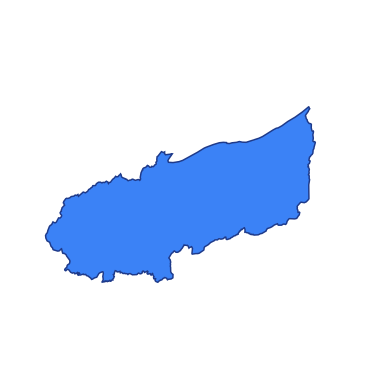 the district of Phookood, Xiangkhoang, Laos, rotated 213°
{"feature_id": "54806243B98354561881715", "entity_name": "Phookood", "entity_type": "district", "adm_level": 2, "iso_a3": "LAO", "parent_name": "Laos", "parent_adm1": "Xiangkhoang", "projection": "equal_earth", "projection_center": [103.008, 19.594], "detail": "fine", "context": "isolated", "style": "filled", "palette": "blue", "viewbox_px": 384, "rotation_deg": 213, "n_neighbors": 0, "source": "geoboundaries", "source_scale": "gbopen_adm2", "svg_char_len": 5977}
<svg xmlns="http://www.w3.org/2000/svg" viewBox="0 0 384 384"><g transform="rotate(213 192 192)"><path d="M228.6,64.0L228.0,64.7L227.0,66.9L225.5,68.6L225.7,72.9L225.3,74.0L223.7,76.3L223.1,76.5L222.0,75.4L220.8,72.6L218.9,70.4L218.5,69.1L218.6,68.0L218.2,67.5L217.2,68.6L216.9,68.6L216.7,69.4L216.3,69.4L216.3,70.0L215.9,69.9L215.6,70.5L215.0,70.5L214.8,71.0L214.2,70.8L213.7,71.7L213.1,71.8L213.0,72.9L212.6,73.3L211.8,72.8L211.4,73.2L211.1,75.0L210.5,75.1L210.9,75.9L210.8,77.2L211.2,78.8L211.6,78.7L211.8,79.1L213.0,80.0L212.5,80.7L213.2,82.4L213.5,84.2L212.3,84.5L211.2,84.2L210.6,84.9L210.0,85.1L209.2,86.2L208.1,85.2L207.7,86.0L207.3,86.2L205.4,86.1L204.3,87.1L203.5,87.1L203.0,87.6L201.8,88.1L200.8,87.9L200.6,88.9L199.5,89.9L196.9,90.1L193.4,92.6L193.1,93.1L193.1,94.0L192.5,95.0L191.1,95.1L190.3,95.6L189.7,97.1L190.3,98.1L190.0,99.1L189.0,99.2L188.1,98.6L186.3,101.4L185.5,101.1L185.5,99.7L185.2,99.1L184.4,99.0L183.9,99.4L183.6,100.1L183.1,100.2L182.5,100.8L181.5,100.1L181.0,100.0L180.9,102.1L180.5,102.1L179.6,101.1L177.8,100.3L177.8,99.5L176.9,98.5L176.4,98.5L175.8,99.3L175.2,99.4L174.9,97.9L174.2,97.4L173.2,97.3L171.5,97.7L171.0,99.8L170.6,100.6L170.2,100.8L170.1,101.4L169.5,101.8L169.1,104.0L168.5,104.6L168.2,105.5L166.2,105.8L164.8,105.0L164.2,106.0L162.1,107.7L161.3,109.6L163.0,112.5L165.0,112.7L166.5,113.6L169.1,117.4L169.7,117.8L170.5,119.5L171.2,120.2L171.7,121.6L173.3,123.2L175.5,124.1L175.7,129.4L175.1,130.7L175.0,132.4L174.5,133.0L172.8,132.7L171.6,133.3L170.6,134.5L170.3,135.9L169.8,136.4L169.8,137.7L169.9,137.9L169.6,139.5L169.8,143.3L169.2,143.2L168.3,144.0L167.5,144.2L166.7,144.8L166.0,144.6L164.0,143.3L163.8,144.1L162.6,145.9L160.9,145.0L158.6,140.5L158.3,140.1L157.9,140.1L155.4,142.3L153.5,143.6L152.6,144.6L150.6,149.4L150.5,149.9L151.5,152.0L151.5,153.0L149.7,156.6L148.9,159.8L146.7,163.5L146.8,164.0L146.1,164.8L144.5,165.8L144.2,167.1L143.8,167.6L142.1,168.2L141.0,169.2L140.3,170.1L139.7,172.2L139.0,172.5L137.8,171.2L137.2,171.0L136.2,171.7L135.9,172.3L134.6,173.7L134.5,174.6L133.6,176.1L133.0,177.8L131.7,179.3L131.6,180.4L130.9,180.8L130.8,181.5L130.3,181.9L130.6,182.3L130.8,183.4L130.6,184.0L130.8,184.9L130.4,185.3L130.5,185.9L130.1,186.8L130.3,187.6L129.5,187.9L129.1,189.7L128.5,190.5L127.0,189.3L125.8,187.2L125.5,187.6L124.6,187.5L122.2,188.4L121.6,188.2L121.2,188.6L121.0,188.3L119.6,188.4L118.9,189.1L118.3,188.9L117.6,189.8L116.6,189.6L113.1,192.2L111.9,194.3L110.8,195.3L108.6,199.7L108.9,200.4L108.9,202.4L106.9,204.9L106.0,206.5L104.9,209.4L103.0,211.9L101.8,211.2L101.3,211.3L98.7,213.1L98.4,214.1L97.5,215.2L95.8,215.8L95.6,217.0L96.3,219.4L96.1,222.1L95.8,222.7L91.2,225.4L89.8,226.9L89.8,229.9L89.6,231.2L90.5,233.5L91.0,233.6L92.0,232.7L93.5,234.5L94.6,235.1L95.3,236.5L95.8,236.9L96.0,237.7L95.3,242.4L94.9,242.9L92.0,244.2L90.8,246.0L90.2,249.3L90.3,250.1L98.0,261.6L100.1,266.4L101.2,267.3L102.5,269.4L103.7,269.8L103.6,270.4L104.0,270.8L104.0,271.7L105.0,272.7L105.8,274.7L106.9,275.7L108.5,276.3L108.3,277.1L109.1,277.6L109.6,278.3L109.1,279.8L109.8,282.3L111.3,282.4L112.4,285.2L112.1,286.2L112.1,287.8L111.7,289.0L111.8,290.4L113.3,293.2L113.4,294.7L114.0,296.0L115.5,300.6L116.5,301.1L117.4,300.4L118.4,300.6L119.6,303.2L121.8,305.8L122.9,308.7L123.6,309.2L124.2,308.6L124.8,308.7L126.9,310.7L128.8,313.8L129.7,313.9L131.1,313.3L133.6,314.1L134.8,315.3L136.1,315.7L137.7,317.3L138.3,317.5L138.6,318.8L138.4,322.7L138.7,324.3L138.6,325.6L138.8,325.5L140.0,326.9L140.6,326.9L143.0,319.3L146.3,310.9L150.1,303.2L152.7,296.4L154.7,292.7L156.1,291.3L157.8,288.2L163.0,277.0L165.2,273.5L173.6,263.2L176.9,261.2L179.8,260.1L181.6,258.0L185.2,255.1L186.9,253.1L189.2,251.8L189.9,252.3L192.8,250.7L195.9,248.2L199.8,243.6L204.6,237.1L205.7,235.4L209.1,228.2L217.0,213.5L219.4,210.4L222.4,207.7L224.0,206.3L227.9,204.1L229.3,205.1L229.5,207.1L229.3,213.3L230.1,212.9L230.8,211.9L234.5,208.8L235.9,209.3L236.8,210.7L237.4,209.6L239.6,209.2L240.1,203.5L240.5,202.6L239.3,200.2L238.3,198.9L238.4,197.2L237.8,196.8L237.3,195.8L238.0,194.3L238.1,192.5L238.5,191.9L239.7,191.7L239.7,190.7L240.8,189.8L242.8,190.2L243.9,190.0L244.0,189.4L243.8,189.1L244.1,188.5L244.2,187.7L244.8,186.7L245.3,186.4L245.9,184.9L245.7,184.4L245.6,184.1L245.4,183.8L245.7,183.6L245.2,180.4L243.4,176.1L242.5,175.3L242.3,174.5L242.0,174.3L242.2,173.3L243.1,173.5L244.0,173.1L245.9,170.9L248.7,170.5L249.5,169.6L249.9,168.6L250.8,167.9L251.6,166.8L252.2,166.6L253.8,167.1L254.9,166.5L255.2,166.8L258.2,166.2L259.4,166.4L260.8,167.8L261.8,168.3L261.9,167.0L262.3,166.2L262.4,164.6L263.6,163.6L264.6,163.6L264.8,161.3L265.5,159.3L265.7,155.7L266.6,154.9L266.7,153.6L267.9,154.5L269.7,154.4L270.5,152.3L271.8,151.7L272.5,150.6L274.3,150.3L275.8,149.2L276.7,146.9L276.5,145.3L276.6,144.8L278.6,143.3L278.4,141.6L279.0,140.5L279.1,139.5L280.0,137.8L279.9,135.8L280.9,133.3L283.2,132.7L284.9,126.6L286.3,127.8L286.9,126.3L288.3,125.8L288.8,124.2L290.8,122.4L291.4,120.4L292.7,118.9L293.8,118.4L294.2,117.6L294.4,114.3L294.0,112.8L293.2,112.7L292.4,111.8L291.7,111.6L292.4,108.0L292.0,107.0L291.7,105.4L291.1,104.8L291.4,104.0L291.3,102.7L290.2,101.9L289.1,101.7L288.4,101.1L288.1,100.1L288.5,98.3L289.8,97.6L289.4,93.0L289.7,91.9L290.7,91.3L292.3,91.2L292.0,88.2L292.7,86.6L292.8,85.4L291.9,81.1L291.3,79.5L291.2,78.4L291.4,77.6L291.1,75.7L289.4,73.7L286.9,72.1L284.0,72.3L280.5,69.6L278.6,69.2L277.4,68.2L276.9,68.0L272.5,69.3L271.5,70.1L271.1,70.8L270.9,72.5L270.5,73.3L267.2,70.3L266.6,70.3L266.0,70.9L263.6,70.9L262.2,70.0L257.5,68.2L256.7,67.5L255.9,65.7L255.9,64.8L256.6,63.2L256.7,62.5L256.0,60.6L256.5,59.1L256.6,57.8L255.9,57.1L255.0,57.2L254.4,59.3L253.2,59.7L250.0,58.6L248.2,58.8L247.2,59.9L246.4,60.0L245.6,59.6L245.0,60.6L243.9,61.0L244.4,61.6L244.3,62.2L243.2,62.4L242.8,62.1L242.4,62.7L242.0,62.5L242.5,62.0L242.4,61.6L243.0,61.5L243.0,60.7L242.6,60.3L242.0,60.3L241.7,60.8L240.5,61.5L238.4,64.0L237.6,63.8L236.3,65.0L235.0,64.4L233.5,64.9L230.0,64.6L228.6,64.0Z" fill="#3b82f6" stroke="#1e3a8a" stroke-width="1.5"/></g></svg>